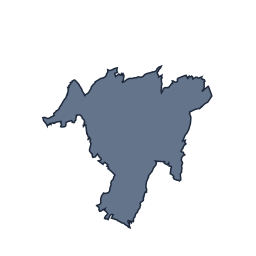 the district of Strehaia, Mehedinti, Romania, rotated 308°
{"feature_id": "2599482B78091159636485", "entity_name": "Strehaia", "entity_type": "district", "adm_level": 2, "iso_a3": "ROU", "parent_name": "Romania", "parent_adm1": "Mehedinti", "projection": "albers", "projection_center": [23.174, 44.633], "detail": "fine", "context": "isolated", "style": "filled", "palette": "slate", "viewbox_px": 256, "rotation_deg": 308, "n_neighbors": 0, "source": "geoboundaries", "source_scale": "gbopen_adm2", "svg_char_len": 5794}
<svg xmlns="http://www.w3.org/2000/svg" viewBox="0 0 256 256"><g transform="rotate(308 128 128)"><path d="M117.8,201.0L119.7,201.5L124.0,197.5L126.5,197.3L127.5,196.3L129.5,195.3L130.8,193.8L132.3,193.0L133.6,192.9L134.8,191.5L135.1,190.1L137.7,188.5L139.7,188.4L141.8,189.3L142.2,187.2L142.8,186.8L142.9,186.4L142.0,184.5L142.1,184.2L142.9,183.9L143.6,184.0L145.2,183.7L145.9,183.8L147.3,183.1L149.6,183.0L150.6,183.5L151.2,183.4L151.4,183.2L151.4,181.6L153.7,180.7L151.4,179.1L157.8,177.4L160.7,177.5L162.1,177.1L163.9,176.9L170.2,174.3L175.0,171.1L176.2,169.5L176.9,167.7L177.8,167.7L178.5,166.7L183.9,169.4L187.3,172.0L187.3,172.5L188.3,172.7L189.2,172.5L189.5,172.6L189.6,172.9L190.3,172.8L190.6,173.2L191.4,173.1L194.7,173.7L197.4,174.9L204.8,174.4L206.0,172.7L210.1,166.0L210.2,165.5L202.9,163.9L202.9,163.6L204.3,163.8L207.0,162.9L207.8,162.4L208.4,161.6L209.9,160.8L211.2,159.5L212.1,159.9L212.9,158.5L212.6,158.3L212.8,157.9L212.7,157.3L212.1,156.7L212.3,156.5L212.1,155.8L213.1,154.8L213.6,154.7L212.9,154.4L212.8,154.0L211.3,153.3L210.6,152.6L210.3,152.1L210.6,151.3L209.6,150.0L208.5,149.8L206.5,148.9L206.9,148.4L207.4,148.6L207.9,147.6L207.6,147.5L208.1,146.2L206.2,145.5L206.6,144.3L204.6,144.0L204.0,144.8L203.7,144.6L205.3,141.4L204.6,141.0L204.6,140.7L198.0,136.8L197.5,137.1L196.9,136.8L195.2,138.3L194.9,138.3L193.4,137.4L192.9,136.1L193.0,135.7L192.7,134.3L192.3,133.9L191.9,134.7L190.5,135.6L190.2,135.5L190.2,135.1L184.8,135.1L184.7,134.5L183.9,134.2L183.1,132.8L182.0,131.9L180.3,131.9L177.3,132.7L176.3,132.7L178.0,130.8L180.3,129.8L180.7,129.0L183.8,127.6L184.6,126.2L186.5,124.7L186.9,124.0L188.5,124.0L188.9,123.7L189.1,123.0L188.4,122.0L190.1,122.4L190.5,122.2L188.4,121.4L188.0,120.7L187.9,121.0L187.2,120.7L187.6,120.5L189.4,116.9L191.9,116.8L192.8,116.4L195.5,116.6L197.2,116.2L194.6,114.7L192.1,114.5L190.4,115.1L188.5,114.0L186.9,112.5L185.5,111.8L182.9,109.6L180.9,108.5L179.9,108.2L178.5,108.3L176.4,107.4L175.8,106.8L174.8,104.8L173.6,103.9L172.9,103.8L171.7,102.3L169.7,100.9L169.0,99.9L167.7,98.4L165.4,97.2L162.8,96.8L160.6,95.6L161.0,95.0L162.8,95.1L163.9,94.1L165.7,93.3L167.0,92.4L167.1,91.9L167.9,90.5L167.0,89.3L166.7,89.5L166.4,90.8L165.9,91.0L166.1,89.5L164.7,89.3L164.9,87.5L161.0,86.7L161.7,85.5L162.8,83.9L165.3,85.4L166.6,83.6L168.8,82.5L166.3,80.6L163.7,79.5L162.1,78.3L161.6,77.2L161.4,76.1L159.6,77.6L157.1,77.9L156.3,78.4L154.6,78.6L151.6,77.4L151.3,76.8L150.2,76.0L144.1,73.7L142.6,74.3L141.1,73.9L137.9,73.8L136.1,74.6L131.7,75.1L130.4,74.9L128.7,74.2L126.1,74.0L127.1,73.7L127.7,73.0L128.7,69.8L130.2,67.4L131.5,63.6L132.1,62.5L132.9,58.3L133.0,56.5L132.8,56.1L130.5,55.1L130.3,55.4L129.3,55.5L128.9,54.9L128.1,54.7L128.1,55.0L127.0,55.7L124.7,55.4L124.4,56.0L123.8,56.0L123.6,56.4L123.0,56.0L122.8,55.6L121.5,57.5L121.2,57.4L119.3,58.6L116.7,59.8L116.3,59.8L116.6,59.4L116.3,59.5L113.4,60.5L111.6,60.3L103.0,61.4L102.0,61.3L100.9,61.9L98.4,61.5L97.2,60.9L96.1,61.1L93.8,60.5L93.0,61.3L92.7,62.0L91.6,61.8L89.0,60.4L88.3,60.4L86.3,59.2L85.8,58.5L85.3,56.3L84.5,55.1L83.7,54.5L81.7,57.2L81.7,58.2L81.5,58.5L81.0,60.9L79.9,63.1L80.8,62.6L81.6,63.8L82.5,64.0L82.4,63.5L83.9,64.0L83.5,65.1L84.0,64.9L85.4,65.3L86.2,66.1L86.3,66.4L86.0,66.6L86.2,67.0L87.0,67.4L87.4,67.2L89.9,69.0L91.9,71.2L90.8,71.5L90.4,72.5L89.6,73.5L87.6,74.1L87.8,74.9L89.6,76.9L90.7,77.6L91.6,77.5L93.9,75.9L94.4,75.8L97.0,77.3L98.2,78.4L99.0,78.8L98.9,79.9L98.1,80.5L99.0,82.2L99.7,82.3L100.8,81.8L102.2,82.0L104.0,80.6L105.3,80.3L105.9,79.6L106.4,79.5L106.8,79.8L106.9,80.3L108.1,81.1L108.7,82.2L108.8,82.8L108.6,83.4L108.7,84.3L107.4,86.2L107.6,86.9L107.2,88.7L105.3,90.8L104.8,90.4L103.9,91.4L102.6,91.0L101.8,91.9L103.9,92.1L104.5,92.8L98.1,99.1L98.5,99.4L96.7,101.8L97.0,103.4L96.8,103.7L95.3,103.2L94.7,103.3L94.4,103.6L96.4,104.5L95.9,105.5L94.8,106.0L94.4,106.0L93.4,107.3L93.3,107.9L92.9,108.1L92.7,108.6L87.6,110.8L86.3,111.7L85.3,115.1L85.6,115.5L85.5,115.8L84.0,117.1L83.3,117.1L83.6,117.2L83.7,117.8L83.2,118.4L85.1,120.0L88.8,119.9L87.3,124.0L87.6,125.2L86.9,126.2L85.1,126.1L84.7,125.4L83.8,124.8L84.0,130.7L85.2,130.4L85.4,130.7L86.7,130.9L86.6,134.6L86.6,134.8L86.0,134.9L84.8,134.9L85.0,135.7L85.2,135.8L85.3,136.7L83.7,137.3L84.1,137.9L83.8,138.2L83.6,141.7L82.9,146.7L80.3,147.0L78.5,147.9L76.2,147.7L74.4,148.2L72.7,149.7L70.0,150.6L66.7,152.4L64.8,152.2L64.0,151.6L62.2,150.2L61.9,148.9L61.7,148.7L57.9,149.1L55.4,150.1L51.8,152.9L50.2,152.7L47.7,151.0L47.4,152.1L47.6,153.6L47.3,154.3L46.5,155.1L45.7,155.3L44.9,156.9L45.7,157.8L48.0,158.4L49.5,159.3L50.4,159.6L48.5,160.2L48.8,161.1L48.7,162.4L48.1,164.5L47.7,165.0L44.4,164.5L42.4,165.2L42.5,165.4L42.8,165.4L42.9,166.0L42.5,166.3L43.5,167.3L43.6,168.7L48.3,167.6L49.9,168.4L50.3,168.9L50.5,169.8L46.8,170.4L48.8,175.9L48.7,177.1L49.3,179.9L49.4,181.6L50.4,183.3L50.1,184.7L50.3,185.0L50.2,186.4L50.3,187.0L50.6,187.6L50.1,189.4L50.6,191.1L51.0,190.7L51.6,189.1L52.3,189.0L53.5,188.1L53.6,187.8L53.1,187.9L53.1,187.6L53.3,187.1L53.6,187.0L53.8,185.9L55.2,185.1L56.3,187.6L55.6,188.2L55.5,187.7L55.1,187.5L55.2,189.1L57.0,188.8L57.5,189.8L58.5,189.4L59.4,188.4L60.4,188.0L62.1,188.2L63.7,187.4L65.4,186.9L67.3,187.3L69.1,186.6L72.4,186.5L73.7,185.7L75.0,185.4L76.0,183.9L77.2,183.9L80.3,184.7L81.6,183.9L82.6,182.8L83.3,183.0L83.7,182.8L83.6,182.6L85.2,182.1L86.8,181.2L88.2,181.1L88.2,181.8L89.0,182.1L89.3,181.5L90.1,181.2L91.2,180.4L92.0,179.2L93.2,177.9L97.1,175.6L99.0,175.2L100.7,174.6L102.0,174.5L102.0,174.2L102.9,173.6L108.9,173.6L112.1,172.7L116.3,172.7L118.4,171.6L118.8,169.9L122.8,176.0L124.0,177.5L123.0,177.7L122.9,178.4L122.6,178.5L123.0,180.2L123.2,181.7L125.5,181.6L123.3,183.7L124.3,186.0L123.4,186.6L122.7,186.6L117.9,189.5L118.4,190.9L118.0,193.9L116.6,194.3L116.2,196.0L117.1,198.8L117.9,200.0L117.8,201.0Z" fill="#64748b" stroke="#1e293b" stroke-width="1.5"/></g></svg>